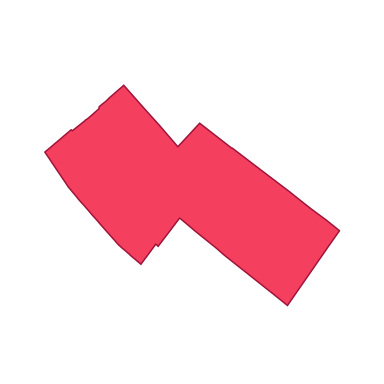 Colelia, Ialomita, Romania (Equal Earth projection), rotated 284°
{"feature_id": "2599482B37607377931604", "entity_name": "Colelia", "entity_type": "district", "adm_level": 2, "iso_a3": "ROU", "parent_name": "Romania", "parent_adm1": "Ialomita", "projection": "equal_earth", "projection_center": [27.004, 44.773], "detail": "fine", "context": "isolated", "style": "filled", "palette": "rose", "viewbox_px": 384, "rotation_deg": 284, "n_neighbors": 0, "source": "geoboundaries", "source_scale": "gbopen_adm2", "svg_char_len": 1831}
<svg xmlns="http://www.w3.org/2000/svg" viewBox="0 0 384 384"><g transform="rotate(284 192 192)"><path d="M190.2,344.4L190.5,343.6L192.8,338.7L196.2,331.3L196.9,329.9L204.6,311.3L208.2,303.3L209.6,300.2L216.3,285.6L217.6,282.5L228.2,257.8L235.0,242.0L244.3,220.6L244.3,219.6L254.0,197.7L260.6,182.8L254.3,179.3L248.0,175.9L244.6,174.0L232.5,167.3L240.5,156.0L248.5,144.7L260.7,126.6L265.3,119.9L278.1,101.3L279.0,99.9L278.8,99.8L278.4,99.5L277.7,99.1L277.3,98.8L277.0,98.6L271.1,94.4L263.2,88.9L262.9,88.6L262.6,88.6L262.4,88.5L258.8,86.2L257.4,85.1L256.0,84.0L252.5,81.4L252.1,81.3L251.7,81.3L251.1,81.5L250.6,81.6L250.0,81.4L246.1,78.7L239.0,73.8L237.1,72.3L236.0,71.2L234.4,70.2L234.1,70.0L230.5,67.2L226.4,64.1L222.5,61.1L222.6,60.8L223.1,60.0L223.1,59.7L222.2,59.0L218.1,56.1L215.9,54.5L206.8,48.0L205.8,47.2L204.9,46.6L201.5,44.2L198.8,42.2L197.7,41.5L197.7,41.4L196.7,40.7L196.1,40.2L195.4,39.7L195.1,39.6L194.8,39.9L189.8,45.5L187.4,48.1L180.9,55.3L176.7,60.0L173.7,63.3L171.2,66.1L169.0,68.5L166.7,71.0L166.2,71.8L166.0,72.1L164.3,74.4L162.3,77.1L160.4,79.8L158.6,82.2L157.7,83.3L155.6,86.3L154.9,87.3L152.8,90.5L149.1,95.8L146.9,98.8L146.5,99.4L145.5,100.7L144.6,102.1L143.6,103.6L141.3,107.0L139.1,110.0L134.0,117.4L133.3,118.4L130.2,122.9L129.0,124.7L127.4,127.0L126.6,128.3L125.1,130.3L123.0,133.4L120.7,137.7L119.5,140.2L118.4,142.4L117.4,144.3L116.5,146.2L116.4,146.2L116.3,146.3L116.2,146.5L116.0,146.9L115.8,147.3L115.7,147.4L115.4,148.0L113.6,151.6L113.5,151.9L113.2,152.5L112.9,153.2L111.5,155.9L110.1,158.8L109.5,159.9L111.9,160.9L119.5,164.1L132.6,169.5L131.1,172.3L148.0,179.6L159.3,184.4L163.6,186.3L163.7,186.5L157.2,199.7L154.9,204.3L143.1,229.8L139.3,237.0L138.7,238.2L109.9,301.5L106.9,307.9L105.0,312.1L173.9,338.2L189.9,344.4L190.2,344.4Z" fill="#f43f5e" stroke="#9f1239" stroke-width="1.5"/></g></svg>